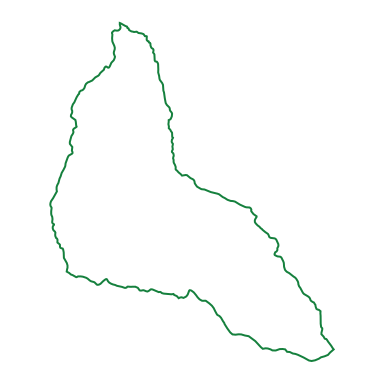 outline of Sandoná, Nariño, Colombia
{"feature_id": "7082276B52993229250097", "entity_name": "Sandoná", "entity_type": "district", "adm_level": 2, "iso_a3": "COL", "parent_name": "Colombia", "parent_adm1": "Nariño", "projection": "natural_earth1", "projection_center": [-77.461, 1.298], "detail": "fine", "context": "isolated", "style": "outline", "palette": "green", "viewbox_px": 384, "rotation_deg": 0, "n_neighbors": 0, "source": "geoboundaries", "source_scale": "gbopen_adm2", "svg_char_len": 5886}
<svg xmlns="http://www.w3.org/2000/svg" viewBox="0 0 384 384"><path d="M66.7,271.6L69.2,273.0L70.9,274.5L72.6,275.1L76.1,277.1L76.7,277.1L78.1,276.4L80.7,276.4L82.9,276.7L86.2,277.8L87.7,278.7L89.8,280.5L91.1,281.3L93.8,282.0L94.6,282.4L96.6,284.4L97.2,284.8L98.8,284.7L100.5,283.8L102.9,281.4L104.7,279.9L105.8,279.2L106.5,279.1L107.0,279.4L107.9,281.1L109.1,282.5L110.9,283.6L112.8,284.4L115.2,285.0L116.9,285.8L122.0,286.9L124.5,287.8L125.3,287.9L126.5,287.6L127.4,286.7L127.9,286.6L130.2,286.8L135.2,286.7L137.8,287.8L139.6,290.3L140.0,290.5L141.1,290.6L143.2,290.2L144.1,290.4L146.3,291.3L147.6,291.5L149.4,290.5L149.9,290.0L150.7,289.4L151.4,289.3L152.6,289.5L158.0,291.8L158.7,292.1L160.1,291.9L160.7,292.1L161.9,293.1L163.7,293.6L171.5,294.3L173.5,294.0L174.1,294.9L176.8,296.1L178.7,298.2L180.1,297.5L181.6,297.3L183.5,297.9L185.7,296.8L186.4,296.3L187.7,294.6L189.2,290.6L189.7,290.2L190.5,290.3L191.4,290.6L193.8,292.4L196.1,295.2L197.6,297.3L199.5,299.3L201.9,300.7L203.0,300.8L205.1,300.7L205.8,300.8L209.2,303.3L211.9,305.7L213.7,308.1L215.3,311.4L217.0,314.5L217.5,315.0L219.4,316.0L221.0,317.7L223.0,321.2L224.2,322.9L224.6,324.1L227.3,328.4L230.2,332.4L232.5,334.4L235.5,334.7L238.5,334.3L241.2,334.4L244.9,335.5L248.7,336.2L255.3,341.1L260.9,347.2L262.8,348.8L265.6,348.3L267.9,348.5L270.6,349.4L272.4,350.4L275.7,350.5L279.7,349.1L282.7,349.0L285.2,349.4L287.1,351.8L289.8,352.0L292.8,353.5L295.3,353.9L297.9,354.8L303.6,357.5L309.0,360.5L311.6,361.0L315.1,360.3L318.9,358.7L321.0,357.3L324.6,356.3L328.0,354.9L330.1,352.5L333.7,349.4L332.6,348.0L331.1,345.6L328.2,341.8L326.8,339.6L326.2,339.0L325.3,338.9L324.7,338.6L323.6,336.6L321.4,334.2L321.5,332.5L322.2,329.8L322.3,328.7L322.2,328.2L321.5,327.5L321.1,326.8L320.7,323.8L320.6,315.8L320.4,313.4L320.5,311.2L318.8,309.8L317.4,309.5L316.4,308.8L315.7,306.8L315.3,304.6L314.8,304.1L313.9,302.5L312.5,301.9L311.0,300.8L310.5,300.1L310.1,298.8L309.4,297.5L307.9,296.3L304.0,294.0L302.9,292.8L300.3,287.9L299.1,286.3L298.4,284.4L298.2,282.6L297.8,281.4L296.1,278.6L294.9,277.4L293.6,276.6L289.2,273.1L286.8,271.8L285.8,270.8L285.0,269.8L284.1,266.9L283.8,262.9L283.3,261.4L281.4,257.6L281.0,257.2L280.2,256.7L277.5,256.4L276.6,256.0L275.2,255.3L274.7,254.9L274.5,254.1L275.0,252.8L275.2,252.3L276.5,251.5L277.3,250.3L277.4,249.6L277.3,248.8L277.5,247.8L278.2,246.6L278.4,245.7L278.3,244.1L276.4,239.9L275.6,238.9L274.7,238.4L270.8,237.9L269.6,237.3L269.2,236.8L268.6,235.1L267.9,233.9L265.3,232.1L262.4,229.7L262.0,229.1L260.7,228.2L259.4,226.7L257.6,225.4L255.7,223.4L254.9,222.1L254.8,220.7L255.0,219.7L255.4,218.9L256.6,216.9L256.6,216.3L253.5,214.1L251.6,211.7L251.2,211.0L251.3,209.4L250.7,208.3L249.6,207.5L246.3,207.3L244.9,206.9L239.9,204.6L235.0,201.6L233.0,201.1L230.6,200.9L227.5,199.8L224.7,198.0L222.8,197.1L219.1,194.3L217.5,193.7L210.9,192.1L204.5,189.5L201.6,189.2L200.7,188.8L197.1,186.7L196.2,185.5L194.8,183.4L194.4,181.1L193.6,179.8L192.6,179.1L190.5,178.1L187.0,175.2L185.7,175.0L182.0,175.6L180.6,174.0L179.4,173.1L178.1,171.9L177.3,170.9L175.9,169.7L175.6,169.1L175.7,167.0L175.0,165.0L173.8,162.8L173.6,161.8L173.6,159.9L173.1,158.4L173.3,157.0L173.7,156.0L173.7,155.1L173.3,153.4L172.0,152.1L171.9,151.8L172.0,151.1L172.8,149.3L172.4,146.4L172.7,145.3L172.9,143.9L171.9,142.4L171.7,141.5L172.0,139.4L172.6,138.7L173.0,137.7L172.3,137.1L172.2,136.3L172.1,133.5L172.0,132.6L170.9,131.1L170.3,129.8L168.8,128.2L168.9,126.5L168.4,124.1L168.7,121.9L168.7,120.1L170.4,119.3L170.9,118.5L171.8,116.4L172.1,113.8L171.7,112.6L170.3,110.9L169.9,110.0L169.7,108.3L169.3,107.4L166.8,104.9L165.7,103.0L164.8,98.2L164.0,92.4L163.4,90.7L163.0,84.9L162.2,83.1L159.9,80.0L159.5,78.8L159.1,75.8L158.2,72.5L158.3,69.4L158.1,64.1L157.6,62.7L156.8,61.7L155.3,61.4L154.9,60.8L154.7,60.4L154.4,54.5L154.1,53.8L153.1,52.6L153.5,50.5L153.4,49.5L152.9,48.8L151.8,48.2L151.2,47.5L150.5,45.5L150.4,43.6L150.2,43.2L150.0,42.9L149.0,42.5L148.7,41.4L148.4,41.2L147.8,41.2L146.9,40.2L146.7,39.8L146.7,38.6L146.8,36.4L146.2,36.1L144.9,36.1L143.6,34.2L142.7,33.8L141.4,33.4L138.5,33.0L136.7,31.7L134.0,32.0L133.1,31.7L131.4,31.4L129.2,30.1L128.4,28.3L127.6,28.1L127.3,27.8L127.2,27.0L127.0,26.6L125.4,26.0L120.6,23.3L119.8,23.0L119.8,24.7L120.5,27.2L120.4,28.1L119.9,29.2L118.8,30.2L117.9,30.6L116.4,30.6L114.7,30.3L113.3,31.2L112.4,32.1L112.0,32.7L112.0,33.2L112.4,34.5L112.1,38.1L112.3,41.1L112.6,42.1L114.3,45.9L114.8,47.8L114.7,49.3L113.9,51.9L113.8,52.9L113.9,53.9L115.0,56.8L114.5,58.5L113.7,60.3L111.4,62.7L109.8,66.3L109.1,67.4L108.3,67.7L107.7,67.5L106.5,66.6L105.6,66.6L105.0,67.2L104.4,68.0L103.9,69.7L100.7,72.6L100.0,73.4L99.2,74.8L98.3,75.7L95.3,77.4L92.2,80.5L89.0,82.0L87.8,82.4L86.1,83.8L85.2,85.4L84.5,87.8L83.4,89.4L82.4,90.2L80.8,90.7L79.7,91.7L79.3,92.2L79.1,93.8L78.3,94.5L76.6,97.3L74.3,102.4L72.9,104.3L72.6,105.1L71.7,107.6L71.6,108.4L71.7,109.7L72.2,110.8L72.2,112.3L71.9,113.3L71.0,115.0L70.9,116.3L71.5,117.2L75.4,120.0L75.8,121.8L76.2,125.6L76.6,126.5L76.5,126.9L73.7,128.8L73.1,129.8L73.1,130.5L73.4,131.7L73.4,132.5L72.8,133.9L71.4,136.1L69.9,141.6L69.8,142.6L69.9,143.9L72.3,147.0L71.9,150.7L72.5,152.1L72.5,153.1L71.9,153.8L68.9,155.5L68.3,156.3L67.7,157.5L65.6,163.3L65.3,165.9L65.0,166.8L63.5,169.8L61.7,172.9L60.6,176.4L59.6,178.5L58.4,183.0L57.4,184.8L56.8,186.4L56.6,187.2L56.6,189.8L56.9,191.4L53.1,198.2L51.0,201.3L50.5,202.9L50.3,204.2L50.4,205.3L50.7,206.3L51.4,207.3L51.6,207.9L51.2,211.2L51.2,213.8L51.4,215.0L52.2,216.8L52.4,218.2L52.5,219.2L52.2,221.8L52.2,222.4L52.6,223.3L53.0,223.7L53.7,224.0L54.0,224.5L54.0,224.8L53.0,226.1L52.7,227.1L52.8,228.7L53.5,230.3L54.9,231.6L55.4,232.6L55.2,234.6L55.3,236.0L56.1,238.0L56.9,238.5L57.4,239.4L57.5,240.5L57.4,242.3L57.5,242.6L59.4,244.1L59.9,244.7L60.0,246.9L60.4,247.8L61.5,248.3L62.6,248.5L63.1,249.3L63.7,252.3L63.9,257.9L66.8,263.0L67.5,265.4L67.5,267.8L67.1,269.2L66.7,271.6Z" fill="none" stroke="#15803d" stroke-width="2"/></svg>